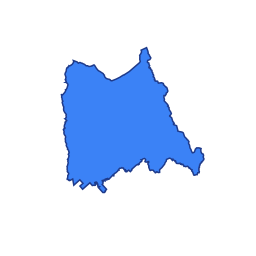 outline of South Wairarapa District, Wellington, New Zealand, rotated 123°
{"feature_id": "76426892B24718175617028", "entity_name": "South Wairarapa District", "entity_type": "district", "adm_level": 2, "iso_a3": "NZL", "parent_name": "New Zealand", "parent_adm1": "Wellington", "projection": "orthographic", "projection_center": [175.354, -41.267], "detail": "fine", "context": "isolated", "style": "filled", "palette": "blue", "viewbox_px": 256, "rotation_deg": 123, "n_neighbors": 0, "source": "geoboundaries", "source_scale": "gbopen_adm2", "svg_char_len": 5865}
<svg xmlns="http://www.w3.org/2000/svg" viewBox="0 0 256 256"><g transform="rotate(123 128 128)"><path d="M108.9,50.9L109.2,51.6L109.0,52.7L108.5,53.2L108.3,53.8L106.5,55.2L105.5,55.4L105.4,56.0L105.9,56.4L105.9,57.5L107.4,59.7L108.4,59.7L108.9,60.0L112.0,59.2L113.4,60.0L113.7,60.6L112.5,62.7L111.7,63.5L111.3,64.6L110.2,66.0L109.7,66.2L108.8,67.2L108.0,68.7L107.1,69.3L106.6,69.3L106.1,69.6L106.0,70.3L105.5,71.2L105.6,72.1L105.1,72.8L104.5,75.8L102.2,78.7L101.9,79.3L102.0,80.5L103.0,83.0L103.4,84.7L102.6,85.2L99.6,88.5L100.3,91.7L99.8,92.1L98.9,91.8L98.5,92.8L98.3,93.0L98.2,93.9L95.6,97.0L95.4,99.5L94.8,99.8L94.2,99.4L92.3,99.5L91.3,100.9L90.2,103.4L89.5,104.1L88.6,104.6L88.1,106.6L87.5,106.3L86.7,107.6L85.5,112.5L84.0,113.1L83.0,114.4L82.3,114.7L81.4,115.5L81.1,115.5L80.5,114.3L79.7,114.5L78.9,114.4L77.9,115.0L76.9,114.5L75.3,114.7L73.2,117.1L72.8,118.0L73.1,118.6L72.8,119.3L72.8,120.0L72.4,120.8L72.5,121.7L71.4,122.6L71.7,124.4L73.8,127.0L72.7,128.5L72.8,129.3L73.2,129.5L73.8,130.7L73.6,131.2L73.0,131.4L73.1,132.2L72.0,132.6L71.2,133.9L71.3,134.7L69.8,135.2L69.4,135.8L69.3,136.5L68.2,137.4L68.0,138.3L66.7,139.3L66.5,139.8L66.7,140.6L66.4,140.9L66.2,141.5L65.7,141.5L65.4,142.1L66.1,143.0L66.0,143.3L65.2,143.7L64.0,143.7L63.4,144.8L62.1,146.0L62.4,147.2L62.1,147.7L60.6,148.3L58.7,146.9L56.8,147.0L56.2,148.1L56.0,148.9L55.3,149.6L54.5,151.8L53.7,152.2L52.7,153.2L50.5,156.2L55.6,159.4L56.0,158.8L57.0,158.0L59.0,157.7L60.7,157.8L61.4,157.1L64.2,155.4L65.4,154.0L66.9,153.9L80.0,157.7L84.9,159.9L85.6,160.5L85.2,159.8L86.4,160.9L89.9,162.5L93.5,164.6L97.0,167.1L97.5,167.9L97.6,168.6L97.3,169.0L97.3,170.1L97.9,171.5L98.3,173.1L97.8,175.3L97.0,176.3L96.5,176.6L96.5,177.4L95.9,178.4L95.9,182.8L96.0,183.3L96.0,184.4L95.2,186.9L93.7,190.1L93.6,190.9L95.6,192.2L95.8,192.1L97.7,194.2L97.8,195.8L98.6,197.0L98.3,199.1L98.6,200.7L98.6,201.6L99.0,202.4L99.0,203.4L99.4,204.2L100.7,205.0L100.3,206.6L101.2,210.6L102.1,209.5L104.6,209.4L106.3,209.9L106.5,210.2L107.2,210.4L107.9,211.0L107.9,211.5L108.8,211.4L109.2,211.6L110.1,211.3L110.6,211.9L111.0,212.0L112.4,211.6L114.4,210.6L115.2,210.7L117.2,210.2L119.3,207.6L121.4,206.9L121.2,206.6L121.3,206.5L121.6,206.8L122.7,205.1L123.0,205.0L123.7,205.3L123.2,204.5L123.7,203.5L124.0,202.3L124.7,201.8L127.8,200.9L129.2,200.8L130.0,201.2L130.2,200.7L132.2,200.4L135.3,200.8L135.7,200.9L136.2,202.0L136.5,202.0L136.9,201.1L138.3,200.5L138.9,199.6L140.3,198.5L141.0,197.2L142.0,197.3L142.6,197.0L143.6,195.7L144.6,194.7L145.3,193.4L147.6,192.1L148.5,191.2L149.4,189.5L150.3,187.1L151.3,186.8L152.5,185.6L153.3,185.7L154.0,185.5L154.6,185.9L154.6,185.4L154.9,184.7L154.9,183.9L155.2,183.4L156.0,183.7L156.7,183.5L157.0,183.9L158.0,183.3L158.2,183.5L158.6,183.0L159.7,183.0L161.1,182.5L162.2,181.7L162.2,181.0L162.8,180.7L163.2,180.8L163.4,181.3L164.5,181.4L166.0,179.4L166.7,179.3L167.8,178.4L168.4,177.3L168.6,176.4L169.6,175.3L171.2,174.8L172.7,173.5L173.4,173.2L174.3,172.0L174.4,171.3L175.0,170.7L176.1,170.4L177.0,169.3L177.7,167.7L178.8,167.2L178.8,166.5L179.8,164.8L180.3,164.7L180.8,163.8L182.6,163.8L183.2,162.6L183.6,162.3L185.7,161.6L187.3,161.6L187.4,160.7L188.5,160.5L189.7,159.2L192.7,158.2L193.5,158.2L194.1,157.5L196.0,156.4L196.5,155.7L197.6,155.2L197.9,154.5L197.8,154.1L198.3,153.1L199.6,152.6L200.5,152.7L202.2,151.7L203.8,151.3L204.2,151.0L203.7,150.0L204.1,149.5L203.8,149.1L204.0,148.7L203.5,148.6L203.5,148.0L200.9,146.6L205.5,142.3L197.7,140.2L198.9,135.6L202.9,136.7L204.1,132.7L194.7,130.1L195.7,126.6L194.8,125.8L194.6,125.1L193.9,124.6L193.8,124.3L193.2,124.5L192.8,124.1L192.5,124.2L192.0,124.7L192.8,125.2L191.9,126.1L191.7,125.7L191.1,125.7L190.5,124.9L190.7,124.2L191.5,123.5L191.5,122.8L193.1,121.7L193.6,121.1L193.6,120.4L192.8,120.3L192.7,119.9L194.1,120.3L195.8,114.0L195.0,112.7L194.7,112.5L194.1,112.7L193.6,112.4L192.9,112.9L192.7,112.7L191.1,112.6L189.4,118.9L188.4,118.7L187.6,119.2L187.0,119.4L187.0,120.0L186.1,119.7L185.9,120.8L185.8,120.7L185.6,120.0L184.9,120.7L185.1,120.0L184.9,118.7L184.5,119.2L184.1,118.8L183.9,119.3L183.4,119.3L182.7,118.7L183.2,118.4L183.4,117.9L182.9,117.6L181.8,117.7L182.1,117.0L181.5,116.9L181.7,116.5L181.4,116.1L175.8,115.1L176.1,114.4L175.9,113.9L174.1,114.7L173.2,114.4L172.4,113.9L169.8,113.2L168.6,113.3L168.2,112.6L167.5,113.2L166.4,113.1L165.4,111.9L164.0,111.3L164.3,111.3L164.6,110.8L164.1,110.0L164.5,109.6L164.9,108.8L164.5,107.8L164.9,107.8L164.8,107.4L165.7,107.2L165.7,106.4L165.9,106.1L165.7,105.8L165.3,106.1L165.0,105.8L165.3,105.6L165.3,105.2L164.8,105.2L164.6,105.5L164.3,104.9L163.0,104.5L162.9,104.2L163.3,102.8L163.3,102.2L161.0,101.9L160.7,102.4L154.6,100.8L153.0,99.9L153.3,99.4L152.3,98.9L151.7,99.3L149.5,99.0L149.4,98.7L147.9,98.4L147.4,98.9L147.3,99.5L146.9,99.0L145.6,98.5L144.6,97.6L144.7,96.3L145.1,95.8L146.8,95.6L147.0,95.4L147.0,94.9L146.2,93.4L145.3,93.0L144.9,92.4L145.5,91.9L146.7,92.0L147.4,91.7L148.5,89.7L149.1,89.6L149.7,89.1L151.5,86.6L151.5,86.1L150.4,85.3L149.7,83.8L149.8,83.3L150.3,82.5L150.3,81.6L150.7,80.7L150.2,80.3L149.0,80.0L148.9,78.4L148.0,77.3L145.7,78.8L142.7,78.0L138.4,77.6L136.9,78.0L134.9,77.9L133.4,78.6L130.7,76.8L130.4,75.9L130.4,75.0L131.0,73.2L129.7,73.3L130.1,72.4L130.0,71.4L130.3,70.6L129.8,70.7L129.7,70.2L131.1,68.5L131.2,68.0L130.4,66.4L129.2,65.1L129.8,64.3L129.6,63.9L129.0,63.5L129.4,62.7L128.6,62.2L128.9,61.7L129.0,61.0L129.7,60.2L129.1,59.3L129.1,58.7L127.7,57.3L127.6,56.8L128.4,54.8L127.9,54.6L128.5,52.7L128.1,51.7L129.3,51.2L129.6,49.9L131.6,47.3L131.6,46.8L130.6,45.8L129.8,45.3L129.5,44.6L127.5,45.1L126.8,44.0L125.6,44.5L125.2,45.3L123.9,46.0L123.9,46.3L122.7,46.8L122.5,46.6L122.0,46.7L121.7,47.1L120.5,47.4L120.2,47.7L119.9,47.5L118.4,48.0L117.2,47.5L116.6,47.8L116.4,47.5L116.0,47.7L114.8,47.3L113.7,47.4L113.3,47.2L112.2,47.8L111.9,48.6L111.1,49.3L110.4,49.4L109.6,49.9L108.9,50.9Z" fill="#3b82f6" stroke="#1e3a8a" stroke-width="1.5"/></g></svg>